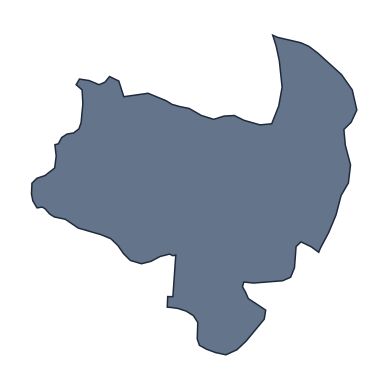 the border of Ioba, rotated 93°
{"feature_id": "BFA-2833", "entity_name": "Ioba", "entity_type": "Province", "adm_level": 1, "iso_a3": "BFA", "parent_name": "Burkina Faso", "parent_adm1": "", "projection": "mercator", "projection_center": [-2.966, 11.024], "detail": "fine", "context": "isolated", "style": "filled", "palette": "slate", "viewbox_px": 384, "rotation_deg": 93, "n_neighbors": 0, "source": "natural_earth", "source_scale": "10m", "svg_char_len": 1413}
<svg xmlns="http://www.w3.org/2000/svg" viewBox="0 0 384 384"><g transform="rotate(93 192 192)"><path d="M308.3,210.7L297.7,210.8L297.5,205.6L255.9,204.9L256.6,207.7L255.2,211.2L258.1,220.6L263.4,229.3L266.3,238.7L263.6,250.0L257.1,257.2L249.4,263.1L242.9,270.6L239.3,280.9L234.0,303.7L225.9,317.0L224.1,328.2L221.5,332.9L216.3,338.0L214.9,340.9L216.0,345.9L215.8,346.1L209.1,350.5L202.4,352.2L191.6,352.3L186.4,347.6L183.3,339.7L175.2,330.4L163.2,329.5L151.9,331.4L150.9,328.0L144.4,325.0L140.7,319.9L139.2,313.3L134.8,308.2L128.5,306.4L109.7,305.6L95.8,307.1L90.9,313.3L85.1,310.3L86.1,300.5L89.7,290.4L86.9,284.7L81.0,280.4L85.0,270.9L100.4,265.1L95.7,241.0L102.3,222.4L105.5,216.7L107.3,208.8L108.7,199.2L115.0,186.9L118.3,174.2L114.5,164.0L113.4,153.8L117.7,143.8L121.4,127.6L119.7,116.0L101.7,109.9L82.6,107.5L56.2,111.7L41.5,115.7L31.2,119.6L33.1,114.5L37.3,91.0L40.5,82.8L47.0,73.3L67.0,48.8L81.7,37.3L101.5,31.7L114.0,36.7L121.6,43.6L137.0,41.4L156.7,35.1L174.8,36.3L187.6,42.9L207.4,47.0L225.1,53.3L241.3,60.8L245.6,62.3L240.5,70.0L236.1,80.6L241.1,85.2L262.3,85.7L271.9,89.0L275.9,96.8L279.7,125.7L279.2,135.6L284.0,136.6L289.6,133.1L295.5,130.2L306.1,112.2L315.2,113.2L338.0,130.1L347.2,138.9L352.8,149.6L351.1,160.1L348.2,169.4L344.7,176.6L338.4,179.1L322.0,179.4L315.4,184.1L311.2,191.8L309.0,200.1L308.5,205.6L308.3,210.7L308.3,210.7Z" fill="#64748b" stroke="#1e293b" stroke-width="1.5"/></g></svg>